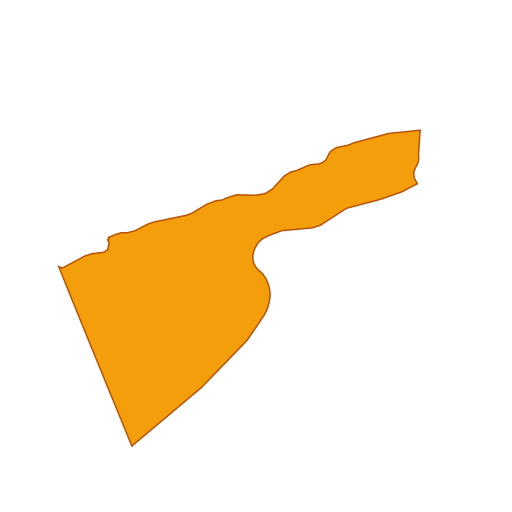 an SVG outline of Aqaba, rotated 58°
{"feature_id": "JOR-849", "entity_name": "Aqaba", "entity_type": "Province", "adm_level": 1, "iso_a3": "JOR", "parent_name": "Jordan", "parent_adm1": "", "projection": "albers", "projection_center": [35.24, 29.976], "detail": "fine", "context": "isolated", "style": "filled", "palette": "amber", "viewbox_px": 512, "rotation_deg": 58, "n_neighbors": 0, "source": "natural_earth", "source_scale": "10m", "svg_char_len": 1262}
<svg xmlns="http://www.w3.org/2000/svg" viewBox="0 0 512 512"><g transform="rotate(58 256 256)"><path d="M162.1,371.5L163.2,364.0L164.9,357.9L168.1,352.7L170.4,345.8L171.7,330.2L173.5,323.3L184.7,293.1L185.8,287.5L186.0,270.6L187.8,261.2L188.7,258.8L189.9,256.7L190.8,254.2L191.0,250.9L193.8,240.0L204.0,224.6L207.9,215.3L207.9,206.5L203.1,189.6L203.2,181.7L204.9,176.9L207.1,162.5L208.6,159.0L210.2,156.2L211.5,153.2L212.0,149.3L211.4,145.4L207.9,139.8L206.7,136.9L206.7,130.3L210.9,119.0L212.0,112.4L222.4,78.5L236.3,50.1L239.9,52.8L256.2,64.5L259.8,66.4L262.9,69.2L265.8,74.2L268.7,78.0L272.1,79.7L274.8,80.6L280.2,80.9L278.9,98.2L274.0,120.1L263.5,153.9L264.0,185.1L262.1,193.1L248.1,220.9L245.4,234.7L244.8,241.9L245.9,247.1L247.2,249.8L249.0,253.0L251.2,255.9L254.2,258.6L257.5,260.6L261.4,261.9L265.2,262.0L268.8,261.6L271.9,260.5L275.0,259.8L281.2,259.6L288.3,261.0L292.8,262.7L297.5,265.3L302.2,269.4L306.5,274.0L310.1,279.5L322.8,308.2L338.6,371.9L351.0,459.5L351.5,461.9L351.5,462.0L322.9,457.1L287.1,451.0L253.5,445.2L215.9,438.7L187.2,433.7L160.5,428.9L163.6,426.7L165.3,401.5L167.0,394.2L172.3,382.9L172.0,378.5L167.0,373.4L163.7,373.4L163.6,372.5L163.6,371.7L163.2,371.4L162.1,371.5Z" fill="#f59e0b" stroke="#b45309" stroke-width="1.5"/></g></svg>